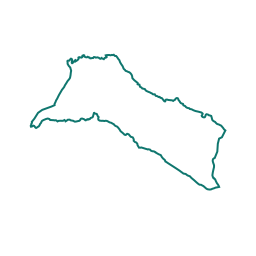 the district of Golakonneh, Grand Cape Mount, Liberia, rotated 73°
{"feature_id": "62588387B70898832426748", "entity_name": "Golakonneh", "entity_type": "district", "adm_level": 2, "iso_a3": "LBR", "parent_name": "Liberia", "parent_adm1": "Grand Cape Mount", "projection": "natural_earth1", "projection_center": [-10.924, 7.106], "detail": "fine", "context": "isolated", "style": "outline", "palette": "teal", "viewbox_px": 256, "rotation_deg": 73, "n_neighbors": 0, "source": "geoboundaries", "source_scale": "gbopen_adm2", "svg_char_len": 5539}
<svg xmlns="http://www.w3.org/2000/svg" viewBox="0 0 256 256"><g transform="rotate(73 128 128)"><path d="M98.4,220.4L98.5,219.6L98.1,217.8L98.6,217.1L99.4,216.8L100.5,216.4L101.1,215.9L100.8,214.5L100.5,213.7L100.4,213.0L100.2,212.7L99.7,212.0L99.1,211.4L98.7,211.2L97.6,209.6L96.6,208.8L96.0,208.0L96.0,207.8L95.7,206.6L95.5,204.6L95.4,203.5L95.5,202.3L95.5,201.9L96.5,200.5L97.6,200.1L98.0,199.0L98.6,197.3L99.2,196.0L99.3,195.9L99.5,194.7L100.1,194.1L101.1,193.5L100.9,192.0L101.1,191.3L101.3,190.6L101.4,190.2L101.8,189.1L102.1,188.0L101.9,187.0L101.8,186.4L102.6,186.0L103.1,185.7L103.3,185.7L103.1,184.7L102.5,183.1L103.0,181.3L103.9,180.6L104.6,179.2L104.9,178.7L105.2,178.1L106.2,177.3L106.6,176.1L106.9,172.4L106.4,171.4L105.6,170.7L105.4,170.2L105.5,169.2L106.1,168.4L106.3,168.0L106.4,167.8L107.4,167.0L108.2,166.5L108.3,166.0L108.0,165.5L107.8,164.6L107.8,163.8L108.2,162.4L108.3,162.5L108.3,161.9L107.9,161.4L107.5,160.9L107.5,159.6L107.3,158.7L106.7,158.1L105.1,157.1L103.7,156.2L103.7,155.8L104.4,155.5L104.9,154.7L105.4,153.8L106.6,153.6L107.1,153.5L108.2,153.4L109.0,152.9L110.2,153.7L111.0,153.9L111.7,153.8L112.7,152.9L113.6,150.7L113.7,149.9L114.4,148.7L114.5,147.4L115.0,146.2L115.7,145.4L117.2,144.0L118.2,142.4L118.4,142.2L119.2,141.6L120.2,140.5L120.8,140.3L121.3,140.1L122.2,139.5L122.3,139.4L122.5,139.2L123.6,137.9L125.3,137.1L125.6,137.0L126.1,136.8L127.3,136.4L128.7,136.1L129.9,135.4L130.4,135.0L132.2,133.9L133.4,133.3L133.8,132.5L134.0,132.2L133.5,131.1L133.3,130.5L134.2,129.2L136.6,128.2L137.2,127.9L137.8,127.0L137.9,126.9L138.4,126.2L139.6,125.9L140.9,125.9L141.9,126.3L143.5,125.4L144.3,124.3L144.5,124.2L145.9,123.7L147.1,123.9L148.5,123.6L149.4,123.3L149.9,123.3L150.0,123.0L150.4,122.2L150.5,121.0L151.9,118.9L153.4,116.7L153.8,116.0L154.3,115.4L154.3,114.7L154.7,114.0L155.1,113.3L156.5,112.6L157.4,111.4L157.9,110.1L159.0,108.9L159.2,109.0L159.9,108.4L160.4,107.9L162.0,106.4L163.5,104.6L164.3,104.4L165.4,104.2L166.2,103.9L167.6,103.3L167.8,103.2L168.6,102.6L169.8,102.0L170.9,102.1L171.7,101.3L173.1,100.2L177.0,96.9L177.7,96.3L180.8,93.7L184.2,90.9L184.7,90.6L186.0,89.6L187.8,88.3L188.8,86.3L190.7,85.0L191.4,84.1L192.3,82.9L192.6,82.8L194.4,81.9L197.3,80.0L200.0,78.4L202.0,77.1L203.1,76.2L203.7,74.7L205.1,73.4L205.5,72.9L207.3,71.8L208.9,70.8L209.5,70.2L209.8,69.9L209.9,69.7L210.6,68.3L211.0,66.7L210.8,65.2L210.8,63.1L210.6,61.7L210.8,60.2L211.0,58.1L209.7,58.2L208.4,58.5L206.8,59.1L204.5,59.5L203.6,59.6L202.6,59.7L201.8,60.3L201.8,60.1L201.6,60.2L199.7,61.2L197.8,61.1L197.4,60.9L195.3,59.9L192.8,58.5L190.4,57.1L189.6,56.9L188.8,56.6L186.4,56.7L185.0,56.7L184.1,56.6L182.7,55.9L182.0,54.3L182.0,53.8L176.7,49.5L169.3,46.7L164.8,44.0L164.3,40.9L159.0,35.8L158.8,35.6L157.5,36.5L155.8,37.0L153.0,38.2L152.1,39.2L151.2,40.1L150.3,41.5L149.3,42.2L147.7,42.9L146.3,44.3L145.0,45.0L143.7,45.0L142.4,44.9L140.8,44.9L139.9,46.1L139.5,46.9L138.7,47.4L137.8,48.8L138.0,49.7L139.6,50.8L140.1,51.4L140.1,52.2L139.4,53.3L138.5,53.9L137.7,53.9L137.0,53.0L136.0,52.4L134.7,53.2L133.1,55.7L131.5,58.5L130.1,60.3L129.3,61.1L128.7,61.7L127.9,63.3L127.1,63.6L126.6,64.5L126.0,65.5L125.0,66.4L123.8,66.9L122.5,68.4L121.0,68.4L120.2,69.6L119.6,70.2L118.5,70.7L117.9,70.7L117.2,71.0L116.0,71.5L115.0,71.5L114.0,71.8L113.6,72.8L113.9,73.9L114.7,74.7L114.9,75.8L115.3,76.9L114.4,77.8L113.8,79.4L113.7,79.5L113.0,81.2L112.2,82.4L112.0,83.4L112.2,83.9L113.0,84.3L113.4,84.6L113.2,85.3L112.5,85.7L110.8,86.3L109.5,86.8L109.1,87.2L108.6,88.2L107.9,88.4L107.4,88.9L107.3,89.7L106.1,90.7L105.3,92.1L104.6,92.3L104.0,92.5L103.7,92.5L103.4,93.1L103.2,94.1L102.8,94.5L101.8,95.1L101.2,95.9L100.4,96.6L99.4,97.9L98.0,99.5L97.0,100.2L96.0,100.3L95.2,101.3L94.4,102.8L93.2,103.3L92.0,104.5L90.7,104.4L89.9,104.4L89.4,105.5L89.0,106.0L88.0,105.5L87.7,105.6L85.8,106.9L84.0,108.1L82.5,108.8L81.8,109.2L80.8,109.1L79.7,108.9L78.0,109.0L76.4,109.6L75.1,110.4L74.7,111.1L73.4,112.5L72.6,113.6L71.6,113.9L70.7,114.5L69.8,114.9L68.6,114.9L66.7,115.2L65.4,115.7L63.0,116.3L61.7,116.4L60.7,116.4L59.4,117.0L56.8,117.8L55.7,118.3L55.2,119.5L53.8,120.2L53.9,121.1L53.4,122.0L53.4,123.4L52.7,124.6L52.1,126.9L52.0,128.1L52.4,128.1L53.0,127.9L53.4,127.6L54.0,127.7L54.2,128.2L54.2,129.2L54.2,129.8L54.7,130.4L54.9,130.7L55.1,131.0L54.4,131.7L53.9,132.7L53.3,132.8L53.6,133.9L53.7,134.3L53.2,134.8L52.4,135.3L51.9,136.0L51.5,136.6L51.4,137.5L51.3,138.2L50.8,138.6L50.2,139.8L50.7,140.5L50.9,140.9L50.8,141.2L50.6,141.5L50.6,142.1L50.5,143.3L50.2,143.9L49.3,144.2L49.2,144.8L48.5,145.3L48.1,145.7L48.4,146.6L48.1,147.5L47.5,148.3L46.8,148.8L45.8,148.6L45.4,149.0L45.5,150.4L46.0,150.8L46.6,150.8L46.9,151.2L47.1,151.8L46.7,152.7L46.1,153.6L46.0,154.5L46.1,154.8L46.6,154.9L47.2,154.9L47.7,155.4L48.1,156.0L48.5,157.0L48.8,158.2L47.7,158.5L47.9,159.1L48.5,159.5L48.9,159.7L48.5,160.3L48.6,160.8L49.1,161.3L49.7,162.0L49.7,162.5L49.4,162.7L48.7,162.6L48.1,162.2L46.4,161.5L45.4,161.7L45.0,162.3L45.3,163.0L45.9,163.7L46.4,164.4L46.2,165.1L46.0,165.7L46.1,166.1L46.3,166.4L47.7,166.6L49.0,167.0L49.9,166.8L51.2,166.5L52.9,165.7L53.7,165.5L54.4,165.6L55.2,165.6L56.5,165.6L57.0,165.8L57.9,166.3L59.7,167.1L60.7,167.5L61.0,167.7L62.4,168.4L63.3,169.0L64.2,170.1L65.4,172.0L67.2,174.0L68.8,175.9L69.0,176.1L69.9,176.8L71.1,178.4L72.1,179.9L72.2,180.0L76.2,184.3L78.2,186.2L79.2,187.1L80.6,188.7L81.9,189.7L83.5,191.2L84.7,191.5L85.1,194.9L85.6,204.7L87.2,209.6L91.7,214.8L94.0,218.2L94.9,218.3L95.6,219.0L96.0,219.4L96.4,219.4L96.9,219.7L97.1,220.0L97.5,220.4L98.2,220.4L98.4,220.4Z" fill="none" stroke="#0f766e" stroke-width="2"/></g></svg>